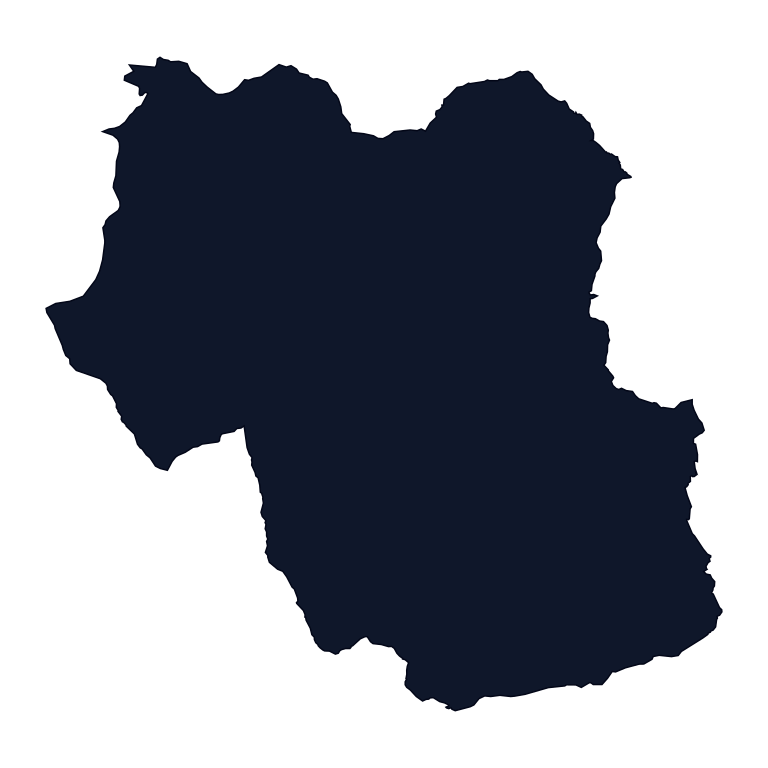 Tasca, Neamt, Romania
{"feature_id": "2599482B76124812753990", "entity_name": "Tasca", "entity_type": "district", "adm_level": 2, "iso_a3": "ROU", "parent_name": "Romania", "parent_adm1": "Neamt", "projection": "orthographic", "projection_center": [25.997, 46.881], "detail": "fine", "context": "isolated", "style": "filled", "palette": "ink", "viewbox_px": 768, "rotation_deg": 0, "n_neighbors": 0, "source": "geoboundaries", "source_scale": "gbopen_adm2", "svg_char_len": 6045}
<svg xmlns="http://www.w3.org/2000/svg" viewBox="0 0 768 768"><path d="M455.2,710.7L470.3,706.7L473.9,704.9L479.0,698.6L484.7,695.9L490.7,696.5L499.9,695.3L510.8,696.5L514.8,696.1L525.1,694.3L548.3,687.6L564.8,685.9L566.5,684.8L575.9,684.9L581.3,687.4L589.3,682.7L591.0,682.8L593.2,684.5L602.0,684.5L607.5,678.3L612.2,671.5L615.6,671.9L625.4,667.8L639.2,664.1L643.8,664.0L652.0,659.3L653.2,656.5L659.2,655.3L671.5,656.6L678.2,655.5L681.4,651.4L702.8,638.0L707.8,634.4L708.2,633.1L710.4,632.1L710.9,631.0L713.1,630.1L715.6,626.9L716.6,619.5L717.4,618.2L717.0,616.3L719.6,615.2L721.9,611.9L721.7,609.7L719.5,607.6L713.2,594.0L711.9,593.5L711.7,592.4L712.9,590.0L713.1,587.9L714.4,586.0L714.7,581.6L711.7,578.2L710.2,574.9L706.3,574.1L703.6,571.5L707.1,569.3L706.4,568.6L706.0,566.3L708.1,562.6L710.0,561.3L709.2,558.4L710.7,557.1L710.7,555.8L707.3,554.1L703.1,548.9L694.5,535.9L692.3,533.7L686.8,520.8L686.6,519.4L688.5,519.6L689.3,518.8L690.1,508.9L691.4,506.7L687.2,495.6L685.0,487.5L686.6,486.8L688.2,484.7L687.9,483.4L690.4,481.4L690.3,476.6L691.8,475.6L692.6,476.6L694.2,476.5L696.2,475.0L695.8,472.9L696.8,473.6L695.1,468.6L694.2,461.5L695.9,461.0L697.4,461.6L697.5,454.6L695.6,444.2L693.4,443.4L693.5,438.4L699.3,434.1L702.2,432.8L704.2,430.3L701.9,423.0L698.4,419.1L694.1,410.2L692.2,404.3L692.2,399.7L681.1,402.5L675.1,408.5L673.4,409.0L663.2,407.5L660.9,407.9L656.4,403.2L654.0,402.7L652.3,403.3L638.7,398.8L635.3,395.6L632.5,391.5L626.2,390.6L621.5,388.3L618.8,389.5L616.2,388.6L612.9,385.5L611.3,381.4L613.6,377.8L612.8,376.1L608.4,370.9L608.3,369.9L603.9,365.2L605.7,362.6L606.1,356.3L607.4,351.8L607.6,344.8L609.5,340.1L608.5,337.6L607.9,333.0L608.3,330.2L607.0,325.5L603.5,321.6L599.5,321.0L595.4,318.7L592.1,318.3L589.9,317.2L588.6,312.5L588.9,308.0L590.1,303.0L590.1,298.8L592.6,298.4L597.3,295.9L593.7,294.5L590.4,295.0L589.1,293.1L589.1,292.0L591.4,290.7L592.0,284.4L594.9,276.1L595.0,274.0L595.9,271.8L598.7,268.4L599.9,264.1L601.5,260.7L600.7,251.1L598.4,248.2L596.1,242.7L597.1,237.9L600.1,232.2L600.8,226.1L606.2,219.0L609.0,214.1L610.7,206.7L614.9,198.2L614.4,192.5L615.2,186.8L616.6,183.6L622.0,178.6L629.9,177.7L631.1,177.2L630.8,176.5L627.0,174.2L626.9,173.2L625.4,171.9L624.1,171.9L622.6,169.5L620.7,168.9L620.3,165.0L619.1,163.3L619.8,162.5L618.2,160.1L617.5,156.8L615.1,156.6L611.5,154.0L610.3,154.3L608.8,153.1L607.3,153.2L606.5,152.0L605.8,152.4L599.7,145.6L595.9,142.4L593.1,140.5L591.1,140.5L593.4,139.0L593.6,133.7L592.6,130.5L590.4,127.3L589.7,123.4L586.2,121.0L582.9,116.8L581.8,116.5L581.7,115.1L579.2,114.1L577.1,114.5L575.9,112.4L575.5,113.5L573.6,113.1L573.5,111.9L569.2,109.0L566.7,103.3L564.7,100.9L561.1,101.9L558.1,101.1L548.8,95.0L543.3,89.1L541.0,84.8L534.7,78.7L532.2,74.3L528.0,71.3L521.7,72.0L520.2,71.5L517.1,72.7L511.8,76.6L504.0,79.4L499.3,79.4L497.9,80.7L489.6,80.7L487.4,80.0L484.5,81.5L470.0,83.7L468.6,83.2L462.8,86.5L457.1,87.4L449.3,95.6L446.0,98.4L444.1,99.2L443.5,105.1L441.9,105.1L442.1,106.9L439.9,109.6L436.3,111.1L435.6,114.0L436.5,117.2L430.2,123.1L425.5,131.2L421.2,129.0L417.2,130.7L410.1,130.0L394.1,131.7L389.2,135.5L383.0,138.7L377.9,138.4L373.5,135.8L363.7,133.7L351.3,132.4L349.7,126.2L350.2,124.5L341.7,113.6L340.8,106.8L338.3,99.0L336.1,95.3L332.4,92.1L327.3,82.9L324.6,81.2L317.0,78.7L313.0,79.2L309.3,77.2L308.1,75.2L299.1,73.0L296.5,69.1L291.0,65.7L286.3,67.1L279.0,64.6L261.5,77.0L254.0,78.3L248.6,80.3L244.6,79.7L238.4,87.1L233.0,91.2L229.2,93.0L222.8,94.4L218.5,94.5L215.9,93.9L207.2,87.1L202.0,82.2L199.0,78.0L190.6,71.5L187.1,63.7L178.8,61.3L170.5,61.8L168.2,60.3L163.4,59.5L160.0,57.3L157.4,59.1L156.7,64.5L155.3,67.3L129.4,65.0L133.8,71.3L124.8,76.1L124.3,80.2L138.6,86.3L139.6,88.3L139.2,94.0L140.1,95.5L142.4,95.1L144.8,92.5L146.7,92.6L147.9,93.6L141.5,105.6L136.7,107.8L133.0,112.8L130.0,115.3L125.3,122.0L119.6,126.5L114.5,128.3L109.0,129.0L102.7,131.6L113.0,135.2L117.6,139.1L119.3,142.6L119.6,146.7L119.1,152.1L116.5,161.2L115.9,175.7L113.8,183.0L113.3,187.5L119.8,201.5L120.1,205.5L119.9,207.2L118.2,210.5L109.6,216.7L106.0,220.9L105.1,224.6L102.9,227.7L104.8,240.2L104.8,243.0L102.6,259.9L99.6,271.2L95.8,279.6L83.3,296.2L69.9,301.3L55.7,303.5L46.1,308.4L46.9,312.6L54.5,325.2L55.2,328.6L62.3,345.4L63.3,349.3L65.8,355.5L69.7,358.7L70.1,363.8L76.3,370.4L100.3,378.7L105.9,383.2L107.4,386.0L107.6,389.5L110.7,394.4L112.6,395.9L116.5,403.7L116.3,407.3L118.2,410.5L118.0,411.4L121.7,416.2L121.2,419.3L122.4,421.8L123.6,422.3L125.9,424.7L126.2,426.1L134.4,434.0L137.5,444.2L140.2,447.8L142.1,448.9L146.3,454.8L150.1,457.9L155.5,466.1L160.3,468.5L167.4,470.3L172.1,461.4L175.6,457.1L178.0,455.4L185.2,452.3L193.1,447.2L197.6,446.6L202.0,444.1L218.0,441.9L219.4,440.8L219.8,437.7L221.0,434.9L222.2,433.8L234.1,431.4L236.8,428.5L241.0,428.0L244.1,425.9L247.1,447.6L249.4,454.2L252.1,457.6L251.5,459.9L252.0,462.0L251.7,465.1L255.1,472.5L255.9,476.0L258.1,477.8L259.8,485.2L260.3,492.2L261.6,493.2L262.9,497.2L262.7,498.6L263.4,503.1L261.0,512.3L262.3,516.5L265.9,520.6L265.1,522.6L266.0,524.5L265.2,528.8L266.6,531.9L266.6,536.0L267.8,539.1L266.6,541.4L267.5,545.8L265.4,552.4L267.8,555.4L267.8,557.2L269.4,562.3L277.6,569.2L282.8,571.3L286.7,576.8L292.1,587.1L294.3,589.0L297.6,597.9L297.9,601.2L296.5,602.6L296.7,603.4L303.4,610.5L305.1,614.7L304.9,617.1L305.7,617.3L306.1,620.2L310.3,628.2L311.9,634.7L314.3,637.2L314.4,639.6L315.8,642.7L318.1,644.7L318.1,645.6L320.0,647.7L323.0,650.1L324.7,650.9L329.5,651.1L335.4,654.1L338.3,653.2L339.7,650.8L341.6,649.6L345.6,648.5L349.9,648.5L351.0,647.3L350.9,646.3L352.5,645.9L360.3,638.8L365.1,636.6L367.3,636.7L370.5,641.7L373.0,643.6L381.3,644.5L388.5,646.6L391.6,646.4L394.3,648.4L396.9,653.2L399.5,656.0L402.7,658.4L402.6,659.0L405.2,659.7L408.6,662.7L407.3,666.3L406.7,670.3L406.8,674.3L406.0,678.6L406.6,679.1L405.2,681.8L405.2,684.8L406.7,687.3L410.3,690.0L416.3,696.5L422.6,701.0L426.0,699.4L428.7,699.1L430.3,697.8L433.4,697.7L439.7,701.6L444.6,702.9L449.0,705.1L448.8,705.9L445.9,707.2L446.5,707.9L448.8,708.6L451.1,707.7L451.9,709.2L455.2,710.7Z" fill="#0f172a" stroke="#020617" stroke-width="1.5"/></svg>